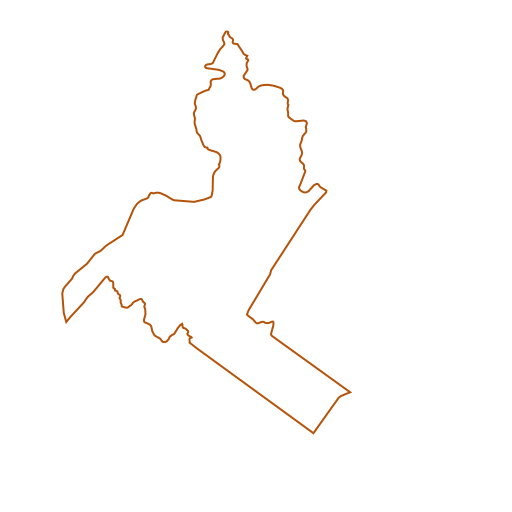 the border of Chuquisaca, rotated 36°
{"feature_id": "BOL-1292", "entity_name": "Chuquisaca", "entity_type": "Department", "adm_level": 1, "iso_a3": "BOL", "parent_name": "Bolivia", "parent_adm1": "", "projection": "robinson", "projection_center": [-64.786, -19.94], "detail": "fine", "context": "isolated", "style": "outline", "palette": "amber", "viewbox_px": 512, "rotation_deg": 36, "n_neighbors": 0, "source": "natural_earth", "source_scale": "10m", "svg_char_len": 6099}
<svg xmlns="http://www.w3.org/2000/svg" viewBox="0 0 512 512"><g transform="rotate(36 256 256)"><path d="M412.3,310.9L410.3,314.0L407.0,319.4L406.2,322.1L406.6,365.6L263.5,365.5L255.2,365.2L253.3,365.2L253.3,364.9L251.6,363.1L250.9,362.0L251.1,361.0L251.8,359.8L251.1,359.6L250.1,359.8L249.6,360.0L247.0,359.9L246.2,359.3L245.9,357.4L245.2,356.7L243.4,356.3L241.5,356.2L240.1,356.7L239.1,356.9L237.8,356.0L236.7,354.7L236.1,354.3L235.4,356.2L235.3,356.7L235.2,357.7L235.1,360.2L235.6,366.4L235.6,366.9L235.5,367.6L235.1,368.2L234.5,369.1L234.1,370.8L233.7,371.7L233.7,372.2L234.1,373.7L234.2,374.3L234.1,376.3L234.0,377.0L233.8,377.5L233.6,378.0L233.0,379.0L232.5,379.5L231.6,380.1L231.0,380.3L230.2,380.2L227.8,379.4L226.7,379.2L221.3,379.9L219.7,379.5L216.4,377.9L213.2,375.0L212.4,374.4L211.9,374.2L210.8,373.9L210.2,373.9L208.5,374.2L205.7,374.9L204.9,375.0L204.3,374.9L203.9,374.6L203.5,374.3L203.2,373.9L202.9,373.5L200.8,368.1L200.5,367.7L197.8,364.3L197.4,364.0L195.7,362.9L195.4,362.6L195.2,362.1L194.7,360.6L194.4,360.1L194.1,359.8L193.7,359.6L193.2,359.5L192.1,359.5L191.5,359.4L191.1,359.2L189.8,358.5L189.4,358.3L188.9,358.2L188.2,358.4L187.6,358.9L186.7,360.3L185.9,361.9L184.6,364.1L184.1,365.6L183.9,366.9L184.0,368.7L183.8,369.3L183.2,370.7L183.0,371.3L182.8,372.5L182.4,373.2L181.8,373.8L180.3,374.6L178.6,375.1L177.5,375.7L177.1,375.6L176.7,375.3L176.1,374.6L175.7,374.3L174.4,373.5L174.0,373.3L173.6,372.9L172.9,371.7L172.6,371.4L172.2,371.1L171.7,370.8L170.7,370.5L170.3,370.2L169.9,368.6L169.6,368.1L169.3,367.8L168.8,367.6L168.2,367.6L167.1,367.7L166.6,367.6L166.2,367.4L165.8,367.2L165.1,366.5L164.7,366.2L164.2,366.1L163.6,366.2L162.8,366.6L162.4,366.7L162.0,366.6L161.7,366.3L161.1,365.5L160.5,365.5L159.9,365.7L159.2,365.6L156.4,361.8L155.7,361.1L155.2,360.9L154.7,360.9L154.2,361.1L153.0,361.6L152.4,361.7L151.9,361.6L150.4,361.1L149.9,360.8L148.8,360.0L148.2,360.0L147.7,360.2L147.2,361.0L146.9,361.6L146.7,362.3L145.5,381.2L144.1,386.9L143.9,388.0L143.9,392.1L144.1,394.2L141.6,415.0L141.3,420.9L133.9,415.0L121.3,400.2L119.7,396.3L119.6,395.8L119.5,393.2L120.5,382.4L120.4,381.8L120.1,380.7L119.9,379.6L119.8,378.2L120.0,376.0L123.8,361.7L124.4,348.7L126.7,344.4L127.4,342.6L128.5,336.6L128.9,335.1L135.7,317.4L129.4,290.0L129.2,287.8L129.1,284.2L129.2,283.2L130.1,279.8L130.5,278.8L131.0,277.9L134.0,273.4L134.4,271.7L133.9,269.9L133.8,269.4L133.8,267.2L134.1,266.5L134.6,266.2L135.6,265.9L136.0,265.7L136.4,265.4L137.9,263.7L139.7,262.2L141.8,261.3L144.5,260.8L146.5,260.2L155.7,259.4L157.2,258.9L174.1,248.6L181.1,240.5L184.1,235.9L184.9,234.5L184.3,232.4L182.3,228.3L174.7,217.4L173.8,215.3L173.3,213.4L173.2,211.4L173.5,209.3L173.9,207.5L174.1,206.7L174.0,205.7L173.7,205.1L173.1,204.3L172.5,203.6L172.2,203.7L171.8,201.5L170.8,199.2L169.4,197.1L167.9,195.7L165.5,195.0L162.8,195.2L155.8,197.7L153.8,197.7L153.6,197.5L153.3,197.1L152.9,196.9L152.3,197.4L150.5,198.0L148.3,197.2L142.8,193.8L141.4,192.6L139.9,191.7L135.9,190.9L134.4,189.8L133.2,188.4L128.7,185.1L127.7,183.9L125.7,180.5L123.3,178.6L122.0,177.3L121.5,176.1L121.1,173.3L120.7,172.0L120.2,171.2L119.6,170.6L116.7,168.5L115.3,165.7L113.6,160.7L113.6,160.1L113.7,159.7L114.1,158.8L117.9,151.9L118.5,151.2L119.6,150.1L119.9,149.5L120.0,149.0L119.8,148.5L119.6,147.4L119.5,146.0L119.2,144.8L118.7,143.8L118.0,143.0L117.2,142.3L117.1,142.0L116.8,141.5L116.6,140.3L116.7,139.4L116.9,138.8L117.0,138.6L120.3,135.5L121.7,134.5L122.3,133.9L122.9,133.1L123.8,131.3L124.1,130.1L124.3,129.0L124.1,128.0L123.9,127.4L123.5,126.9L123.1,126.5L122.6,126.3L122.0,126.1L121.6,126.0L121.1,126.0L117.2,127.0L115.4,127.8L105.6,133.1L105.1,133.2L104.7,133.3L104.2,133.2L103.6,132.8L103.3,132.3L103.2,131.5L103.3,130.9L103.6,130.3L103.9,129.8L104.3,129.4L106.4,127.4L107.1,126.5L107.5,125.5L107.6,125.1L105.7,113.9L105.5,109.6L106.0,104.6L105.9,103.5L105.7,102.8L104.7,102.0L102.8,101.0L102.2,100.6L101.5,100.0L100.7,98.9L100.4,98.3L100.3,97.7L100.3,96.7L99.7,93.0L99.9,92.1L100.2,91.7L100.7,91.4L101.2,91.2L101.7,91.1L102.1,91.3L102.3,91.6L102.5,92.4L102.7,92.8L103.1,93.0L104.2,93.2L104.7,93.4L105.1,93.7L105.6,94.0L106.2,94.1L108.9,94.0L109.5,94.1L110.1,94.4L110.4,94.7L110.7,95.1L111.1,96.1L111.4,96.7L111.8,97.1L112.3,97.3L112.9,97.3L113.4,97.1L115.9,95.8L116.5,95.6L116.9,95.5L117.3,95.7L118.0,96.1L124.9,98.6L126.9,99.7L128.3,99.8L131.3,99.1L131.5,100.1L131.5,101.0L131.9,102.1L132.7,102.1L133.7,101.8L134.7,102.1L135.2,105.6L135.8,106.6L136.7,107.8L137.7,108.7L138.7,109.2L139.7,110.2L140.0,112.7L140.0,115.5L140.2,117.6L141.4,119.1L143.0,119.4L146.4,118.6L148.1,118.8L149.7,119.6L153.8,122.7L155.0,123.2L156.2,123.1L157.3,122.0L157.8,120.6L158.4,117.6L159.1,116.2L160.0,115.0L162.0,112.9L165.4,110.3L170.3,107.8L176.7,105.7L178.7,105.5L180.4,106.0L181.1,106.7L182.1,108.5L182.7,109.3L184.5,110.0L188.9,110.0L190.5,111.2L191.6,113.5L192.4,114.4L193.5,114.8L193.6,115.3L194.9,118.3L195.7,119.3L197.4,120.8L198.2,121.7L199.6,123.7L200.4,124.3L201.7,124.5L206.2,124.5L207.7,124.3L208.8,123.8L214.9,118.4L216.9,117.6L218.8,118.3L219.3,119.0L220.1,121.6L220.6,122.4L222.5,124.3L223.3,125.6L223.7,126.9L223.6,128.2L223.4,129.7L223.4,131.4L223.7,132.8L225.0,135.4L225.4,136.8L226.1,139.6L226.8,140.8L228.6,142.5L230.5,143.6L232.2,144.9L233.5,147.2L233.8,148.6L233.9,150.0L234.2,151.4L234.8,152.5L235.9,153.2L237.2,153.5L239.9,153.7L241.2,154.2L242.1,155.1L242.8,156.3L243.8,157.4L244.5,157.6L245.1,157.7L245.7,158.0L246.2,158.8L250.0,173.0L250.2,174.3L250.6,175.4L251.4,176.2L252.8,176.7L254.4,176.8L256.1,176.7L257.4,176.3L258.6,175.6L259.4,174.7L260.1,173.5L260.5,172.1L261.3,164.6L262.4,162.4L263.5,161.5L264.6,161.5L266.9,162.3L268.8,162.4L274.5,161.7L275.3,163.4L273.1,180.6L272.9,186.8L276.6,258.3L276.9,259.4L278.2,262.6L281.9,304.3L283.1,308.7L285.1,309.0L290.7,309.0L294.8,310.0L295.7,310.0L296.5,309.8L296.9,309.5L297.5,308.9L299.0,306.4L299.7,305.6L300.4,305.1L301.3,304.8L303.1,304.5L303.8,304.2L304.3,303.9L305.5,302.8L306.1,302.1L307.1,300.3L307.7,299.5L308.5,299.1L309.7,300.1L310.9,302.2L313.6,309.3L314.3,310.7L315.1,311.0L315.9,311.3L412.3,310.9Z" fill="none" stroke="#b45309" stroke-width="2"/></g></svg>